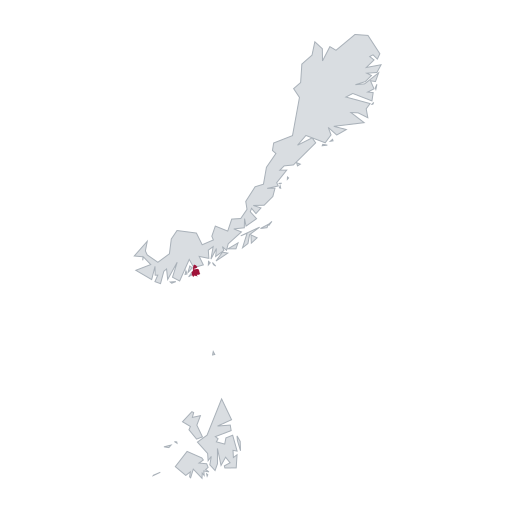 Hasvik nor, Finnmark, Norway shown in context, rotated 181°
{"feature_id": "86288312B50454164159248", "entity_name": "Hasvik nor", "entity_type": "district", "adm_level": 2, "iso_a3": "NOR", "parent_name": "Norway", "parent_adm1": "Finnmark", "projection": "orthographic", "projection_center": [22.251, 70.523], "detail": "fine", "context": "in_parent", "style": "filled", "palette": "rose", "viewbox_px": 512, "rotation_deg": 181, "n_neighbors": 0, "source": "geoboundaries", "source_scale": "gbopen_adm2", "svg_char_len": 7335}
<svg xmlns="http://www.w3.org/2000/svg" viewBox="0 0 512 512"><g transform="rotate(181 256 256)"><path d="M310.0,266.3L298.9,271.3L300.5,275.0L297.2,285.2L284.7,280.4L280.9,292.5L271.9,293.2L265.8,302.5L267.2,310.4L258.1,325.2L249.8,327.9L247.1,344.9L237.9,358.8L241.4,361.8L240.3,369.3L221.6,377.0L215.3,415.3L221.3,424.0L214.4,430.2L213.5,448.7L203.5,457.8L200.9,471.2L193.3,464.4L192.9,452.2L185.8,466.6L179.6,463.1L160.9,479.2L147.9,478.5L135.7,460.4L138.1,455.0L142.5,459.2L145.8,457.4L141.4,454.1L149.0,446.4L134.3,449.4L138.3,441.6L148.4,440.7L143.7,438.5L149.7,432.3L159.6,429.0L150.4,430.0L136.6,441.3L139.6,432.5L144.6,433.2L140.9,425.2L147.2,421.9L141.7,421.4L142.8,413.1L162.1,420.2L168.9,416.5L144.6,410.4L148.4,405.1L146.6,396.2L156.4,400.9L163.6,401.1L150.2,391.2L180.5,387.0L167.9,384.0L177.4,378.4L186.0,385.8L183.1,378.4L188.8,370.4L208.2,377.4L216.4,367.5L201.9,375.1L198.3,370.2L220.2,347.7L229.4,346.6L233.7,342.2L226.8,342.4L236.6,329.7L235.0,326.4L246.0,323.8L238.2,324.1L240.2,315.8L248.8,306.9L259.6,306.5L251.9,304.1L256.8,298.4L261.3,303.6L262.5,300.1L256.1,293.3L266.5,285.7L268.1,293.2L268.2,284.0L278.7,282.7L271.0,279.8L284.0,267.7L285.6,261.2L289.8,264.8L288.2,261.0L296.3,254.8L295.7,262.8L301.0,252.1L299.0,264.6L303.8,261.0L303.1,252.8L312.8,254.6L308.5,246.2L317.9,243.3L322.7,251.4L331.9,229.7L339.1,233.3L334.7,248.4L343.9,231.0L345.2,241.5L347.9,239.1L351.0,226.7L356.6,228.6L353.9,235.1L356.5,235.1L356.8,243.9L359.9,230.6L375.9,239.6L361.1,245.6L368.6,253.2L377.7,253.9L365.0,268.8L366.7,259.1L364.8,255.2L354.0,248.0L342.6,256.7L341.0,271.5L335.4,280.1L316.0,277.9L310.0,266.3ZM293.2,40.8L298.5,46.4L297.2,54.9L300.3,50.5L300.9,57.7L311.3,68.9L301.8,76.0L287.9,112.5L277.6,91.9L291.5,85.3L278.8,86.5L277.8,81.0L293.5,74.7L290.7,72.6L292.4,69.5L284.0,67.4L282.9,73.6L276.2,76.4L271.5,60.6L275.6,61.3L275.1,54.1L271.5,56.9L272.1,43.8L283.4,43.5L284.0,45.6L278.3,48.8L282.9,54.3L287.3,46.0L291.2,62.9L290.9,47.6L293.2,40.8ZM306.1,32.8L315.0,41.8L317.5,33.1L318.5,34.0L317.9,39.0L322.4,35.4L333.0,44.0L321.5,59.4L306.7,53.2L305.1,51.1L309.4,48.0L301.7,47.4L300.2,43.8L302.6,41.7L299.3,39.3L304.4,40.2L304.0,35.7L306.0,38.0L306.1,32.8ZM312.2,71.9L320.0,81.1L318.6,84.4L326.6,89.0L317.4,99.2L315.6,98.4L316.8,93.5L308.8,95.4L312.2,85.8L306.4,74.2L312.2,71.9ZM265.3,278.6L271.6,275.9L252.9,284.9L262.8,277.2L264.3,268.3L269.6,264.0L265.3,278.6ZM276.2,262.8L284.1,262.7L274.2,268.8L276.2,262.8ZM284.3,258.4L295.9,250.3L289.6,259.2L284.3,258.4ZM268.1,61.0L271.4,71.4L271.8,75.8L268.6,70.4L268.1,61.0ZM260.9,268.8L261.4,277.0L255.2,274.2L260.9,268.8ZM323.0,234.0L318.9,239.8L313.1,237.4L319.8,236.2L323.0,234.0ZM323.8,238.1L322.0,244.9L319.5,243.1L323.8,238.1ZM245.5,284.5L252.0,283.6L244.4,287.8L245.5,284.5ZM354.8,35.0L347.9,38.1L355.0,34.6L354.8,35.0ZM339.8,62.9L344.7,63.6L337.6,65.5L339.8,62.9ZM335.7,229.0L339.8,227.3L341.3,228.5L335.7,229.0ZM326.6,236.3L325.8,240.0L324.6,236.9L326.6,236.3ZM303.5,246.2L303.4,249.8L301.7,248.4L303.5,246.2ZM297.7,156.3L297.1,159.7L295.5,156.8L297.7,156.3ZM334.3,69.0L332.0,68.7L331.7,67.4L334.3,69.0ZM216.1,346.8L217.0,350.0L213.3,348.6L216.1,346.8ZM296.1,245.2L298.3,246.6L299.4,248.7L296.1,245.2ZM301.0,35.0L301.6,37.4L300.4,36.4L301.0,35.0ZM191.2,368.8L186.6,368.1L191.7,367.4L191.2,368.8ZM183.7,372.0L181.5,374.0L181.0,372.5L183.7,372.0ZM243.3,288.5L240.7,290.9L243.8,286.6L243.3,288.5ZM139.7,426.1L138.1,429.8L139.1,424.7L139.7,426.1ZM233.1,326.7L232.5,324.2L233.8,324.6L233.1,326.7ZM369.2,249.7L369.0,252.6L368.8,252.2L369.2,249.7ZM234.0,329.1L231.5,329.2L234.6,328.6L234.0,329.1ZM226.0,333.2L225.9,335.5L224.8,334.6L226.0,333.2ZM142.8,409.7L141.0,411.6L141.8,409.8L142.8,409.7Z" fill="#d9dde1" stroke="#a8b0b8" stroke-width="1"/><path d="M318.3,235.1L318.2,235.2L318.2,235.3L317.9,235.5L317.9,235.4L317.9,235.5L317.9,235.9L318.0,236.0L318.3,235.9L318.2,236.0L318.3,236.3L318.1,236.4L318.5,236.4L318.4,236.5L318.5,236.6L318.2,236.8L318.5,236.9L318.4,237.0L318.5,237.1L318.6,237.3L318.9,237.4L318.8,237.6L318.4,237.6L318.3,237.4L318.2,237.5L318.1,237.8L317.9,237.9L318.0,238.0L318.1,238.3L318.0,238.2L317.9,238.1L317.9,237.9L317.9,237.7L317.8,237.4L317.6,237.6L317.4,237.5L317.4,237.4L317.3,237.5L317.2,237.5L317.5,237.6L317.4,237.7L317.2,237.8L317.0,237.5L316.9,237.4L317.1,237.3L317.1,237.2L317.3,237.1L317.2,237.1L317.6,237.0L317.5,236.9L317.6,236.6L317.3,236.7L317.2,236.6L317.4,236.5L317.2,236.4L317.2,236.5L316.9,236.3L316.9,236.1L316.7,236.0L316.7,236.3L316.4,236.5L316.5,236.6L316.4,236.6L316.5,236.8L316.4,236.8L316.7,236.9L316.4,237.0L316.5,237.1L316.4,237.1L316.2,237.0L316.1,236.8L316.2,236.7L315.9,236.7L315.9,236.4L315.9,236.1L315.7,236.0L315.8,236.2L315.6,236.3L315.5,236.5L315.4,236.8L315.7,237.1L315.8,237.2L315.7,237.2L315.6,237.3L315.7,237.5L315.8,237.6L315.8,237.8L315.9,238.0L315.7,237.9L315.2,237.6L314.9,237.3L314.8,237.2L314.5,236.9L314.4,237.0L314.6,237.2L314.7,237.3L314.7,237.6L314.7,237.8L314.3,237.7L314.2,237.9L313.9,237.8L314.0,237.6L313.9,237.6L313.7,237.6L313.4,237.5L313.1,237.5L313.1,237.4L313.0,237.1L312.8,237.2L312.9,237.3L312.7,237.4L312.8,237.5L312.7,237.6L312.7,237.8L312.8,237.8L313.0,237.9L312.9,237.9L313.0,237.9L312.9,238.0L313.1,237.9L313.4,238.0L313.4,238.3L313.1,238.2L313.1,238.3L313.0,238.5L313.0,238.8L313.2,239.0L313.3,239.0L313.4,238.8L313.4,238.7L313.5,238.6L313.7,238.8L313.7,239.0L313.8,239.0L313.8,238.7L314.0,238.6L314.3,238.3L314.3,238.5L314.7,238.3L314.9,238.5L315.1,238.4L315.2,238.5L315.1,238.8L315.1,238.7L315.0,238.8L314.9,238.9L314.8,239.0L314.6,239.1L314.5,239.3L314.7,239.2L314.9,239.3L314.9,239.5L314.7,239.8L314.4,239.8L314.2,239.9L314.2,240.0L314.0,240.3L313.9,240.3L314.0,240.4L313.9,240.5L314.1,240.6L313.9,240.7L314.1,240.9L313.9,240.8L314.0,240.9L313.7,241.0L313.8,241.1L314.2,241.3L314.3,241.2L314.1,241.0L314.4,241.1L314.5,241.0L314.8,241.1L314.8,240.9L314.8,240.7L314.8,240.4L314.9,240.2L315.2,239.8L315.1,240.1L315.1,240.6L315.1,240.8L315.5,241.0L315.6,240.7L315.8,240.6L315.7,240.4L315.8,240.4L316.0,240.2L316.0,240.3L315.9,240.6L315.8,240.9L316.1,241.0L316.3,240.9L316.4,240.7L316.2,240.4L316.3,240.1L316.5,240.2L316.6,240.4L316.6,240.5L316.8,240.7L316.9,240.8L317.0,240.8L317.2,240.5L317.1,240.2L317.3,240.5L317.4,240.3L317.4,240.2L317.4,239.7L317.5,239.8L317.5,239.7L317.8,239.7L318.1,239.5L317.9,239.7L317.9,239.9L317.8,240.0L317.8,239.9L317.8,240.1L317.8,240.3L317.9,240.5L318.0,240.6L318.0,240.1L318.0,239.9L318.0,239.7L318.3,239.2L318.5,239.1L318.6,238.9L318.8,238.7L318.8,238.9L319.1,238.7L319.3,238.4L319.3,238.2L319.2,237.8L318.9,237.8L319.0,237.5L319.1,237.4L319.0,237.0L318.9,237.0L318.8,236.9L318.8,236.7L319.0,236.6L319.1,236.3L318.8,236.1L318.7,236.0L318.5,235.9L318.5,235.7L318.4,235.7L318.4,235.4L318.4,235.2L318.3,235.1ZM316.6,245.1L316.8,245.2L317.1,245.3L317.1,245.1L317.4,245.0L317.6,245.1L317.7,244.9L317.7,244.7L317.6,244.4L317.7,244.1L317.9,243.9L317.9,243.7L317.9,243.3L317.8,243.2L317.9,242.9L317.7,243.0L317.7,243.4L317.7,243.7L317.5,243.0L317.3,243.1L317.2,243.4L317.2,243.5L317.2,243.8L317.1,243.5L317.2,243.1L316.9,243.1L316.8,243.3L316.9,243.5L316.7,243.6L316.6,243.3L316.1,243.5L316.4,243.9L316.5,244.1L316.4,244.3L316.4,244.2L316.3,243.9L316.2,243.8L315.9,243.6L315.7,243.7L315.5,243.9L315.9,244.1L316.0,244.2L315.9,244.4L316.0,244.5L316.1,244.8L316.3,244.9L316.5,244.9L316.6,245.1Z" fill="#f43f5e" stroke="#9f1239" stroke-width="1.5"/></g></svg>